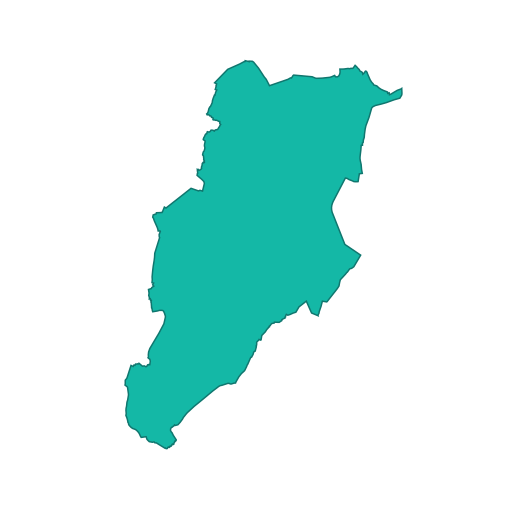 Ban Mi, Lop Buri, Thailand (Equal Earth projection), rotated 192°
{"feature_id": "78962969B12311956961781", "entity_name": "Ban Mi", "entity_type": "district", "adm_level": 2, "iso_a3": "THA", "parent_name": "Thailand", "parent_adm1": "Lop Buri", "projection": "equal_earth", "projection_center": [100.564, 15.079], "detail": "fine", "context": "isolated", "style": "filled", "palette": "teal", "viewbox_px": 512, "rotation_deg": 192, "n_neighbors": 0, "source": "geoboundaries", "source_scale": "gbopen_adm2", "svg_char_len": 6073}
<svg xmlns="http://www.w3.org/2000/svg" viewBox="0 0 512 512"><g transform="rotate(192 256 256)"><path d="M330.6,54.7L325.9,56.4L324.6,54.1L323.7,53.4L321.8,52.2L318.5,52.3L317.1,53.0L316.5,52.5L316.0,52.2L314.7,52.5L305.2,49.1L304.8,49.4L304.0,48.9L303.3,49.0L302.7,49.3L302.5,50.4L301.9,51.0L301.7,51.0L301.4,50.7L301.1,50.7L300.8,51.1L300.8,51.7L300.4,51.6L300.0,52.1L299.5,52.3L299.4,52.5L299.6,52.8L298.9,53.6L299.0,54.0L298.8,54.5L298.4,54.8L297.9,54.8L297.7,54.5L297.3,54.8L297.4,55.8L297.0,56.6L297.1,57.0L296.8,58.2L296.6,58.4L296.3,58.1L295.8,58.8L295.8,59.6L299.6,63.4L301.4,65.7L302.4,66.4L303.3,67.5L303.6,69.1L303.1,70.8L302.4,71.1L301.5,72.3L301.1,72.6L300.6,73.8L299.9,73.4L297.3,74.7L295.6,77.6L294.1,80.9L293.7,82.0L293.6,82.7L291.6,86.7L290.6,88.5L287.4,93.0L285.3,96.0L278.3,104.7L270.3,114.9L265.3,120.7L264.3,121.6L262.0,122.7L257.0,125.6L255.7,125.8L254.6,125.5L253.5,125.7L251.0,127.1L249.6,127.5L249.4,128.8L247.6,134.4L245.8,138.0L243.3,141.5L242.2,145.8L242.0,147.4L241.6,148.3L240.3,154.7L239.9,155.9L239.3,156.1L238.4,159.1L238.3,161.3L237.7,162.4L237.0,162.8L236.8,167.4L237.2,168.0L236.9,168.7L237.0,170.0L237.4,171.6L237.3,172.1L235.8,174.4L235.7,175.0L234.9,174.9L234.5,175.1L234.3,174.7L233.9,174.7L233.6,175.0L233.8,179.5L231.1,183.8L230.2,186.3L229.2,187.9L229.0,188.6L228.1,189.6L228.4,190.1L227.7,190.9L226.7,193.1L224.2,194.3L224.2,195.1L219.6,195.9L217.3,198.2L217.5,199.1L216.4,200.1L214.7,201.4L215.0,202.1L214.4,202.6L214.6,203.4L214.2,205.2L212.6,204.7L210.5,205.9L207.8,207.9L205.3,209.3L203.4,215.1L197.4,222.3L189.8,211.8L182.9,210.5L183.0,210.7L182.9,211.7L182.5,213.1L182.6,214.7L181.9,220.5L181.7,225.6L177.3,225.8L177.0,226.1L169.7,241.0L168.6,243.9L168.7,247.4L168.6,250.1L168.4,250.6L164.6,257.0L163.7,258.9L163.3,259.2L161.7,262.9L159.9,263.8L158.1,265.8L153.8,278.6L171.5,285.8L190.6,314.6L191.6,316.8L192.2,319.1L192.4,321.3L192.2,323.6L191.9,325.3L184.8,350.8L183.2,350.9L180.9,350.1L177.6,349.6L175.6,349.1L172.8,349.6L171.6,350.0L172.0,357.9L169.2,358.9L170.7,362.5L172.2,367.4L174.0,371.4L174.6,373.2L174.9,375.0L175.5,381.6L176.1,386.2L176.0,386.3L174.9,386.5L175.4,388.7L174.8,389.2L175.1,392.2L175.1,392.7L174.9,392.8L174.8,394.7L175.2,397.5L175.6,402.7L175.6,406.2L174.3,415.0L173.6,424.8L173.2,425.6L172.5,426.5L170.4,428.1L165.2,430.6L160.3,433.2L153.4,437.5L148.1,440.3L146.9,443.9L147.1,445.6L148.3,450.2L148.8,449.6L152.3,447.4L157.5,442.6L159.0,441.5L159.7,443.3L160.9,442.5L161.4,443.7L161.6,443.8L165.5,444.4L168.5,445.1L170.9,446.1L173.2,447.5L176.4,447.8L177.3,448.9L178.3,449.5L179.4,450.4L181.1,452.2L185.0,457.7L185.6,458.8L186.6,459.6L187.1,459.7L187.5,459.4L188.4,457.2L189.3,456.0L189.8,457.1L190.2,457.7L191.4,458.2L192.7,458.5L194.0,460.0L195.2,460.7L197.0,462.1L198.7,463.1L200.0,460.1L200.5,459.6L202.2,459.3L203.6,458.6L204.9,458.6L209.1,457.1L212.8,456.3L212.1,453.8L211.9,452.4L212.0,450.9L212.6,449.1L213.9,448.0L214.6,448.0L215.5,447.8L216.6,449.0L219.2,447.1L221.0,446.1L228.4,443.7L233.7,442.4L234.6,442.3L238.4,443.0L256.8,440.8L257.3,440.2L258.3,437.5L259.3,437.4L261.4,435.5L278.2,425.4L282.8,431.0L285.2,432.9L292.6,440.3L298.6,445.1L300.0,445.7L303.2,445.2L303.1,444.7L307.2,444.8L307.1,444.0L308.2,443.5L311.9,440.4L322.5,432.7L332.5,416.8L330.3,416.2L330.5,414.1L330.2,414.0L330.5,410.4L328.9,410.2L329.5,407.7L329.6,404.8L330.1,404.8L330.7,401.2L330.9,398.6L330.7,397.3L330.8,396.4L331.6,392.9L332.1,392.3L332.7,390.4L332.8,387.2L333.0,386.1L333.2,385.5L333.8,384.7L333.1,383.9L331.7,384.4L330.2,383.4L329.8,383.6L329.4,383.6L328.6,383.0L328.6,382.7L328.3,382.4L326.9,382.2L326.5,381.8L326.5,380.5L326.1,380.2L324.6,380.5L323.8,380.3L322.7,380.6L320.2,379.9L319.4,380.0L318.9,378.0L317.9,377.3L318.3,376.6L318.7,374.8L319.1,374.1L319.6,372.4L319.9,371.8L322.1,370.8L322.8,369.5L324.3,370.1L325.8,369.8L326.2,369.7L326.6,368.5L327.4,367.6L328.6,367.4L329.4,367.5L329.6,367.0L329.6,365.3L330.2,365.2L330.8,364.3L331.3,361.8L331.6,361.2L331.9,359.2L331.7,358.8L330.0,358.1L329.7,357.9L329.5,356.6L329.6,355.7L329.5,353.6L329.1,352.4L328.6,351.6L328.4,350.2L328.6,348.0L329.2,346.8L329.3,344.0L329.2,343.7L328.5,343.3L328.2,342.9L327.3,340.2L327.2,339.2L326.9,338.9L326.4,338.8L326.4,338.4L326.5,337.8L326.1,337.6L325.9,336.8L326.6,336.2L327.2,336.5L327.8,335.3L327.6,333.2L327.8,332.3L327.8,331.3L327.4,330.3L327.8,329.4L328.5,329.0L328.7,328.5L329.7,327.9L330.1,328.1L330.5,328.7L331.1,328.4L331.4,328.5L331.2,327.7L330.2,324.8L330.5,324.4L330.4,322.6L325.0,319.7L322.6,318.1L322.2,317.5L321.7,316.4L321.6,315.8L321.8,308.4L324.5,308.6L325.7,307.7L333.6,308.7L354.0,284.2L355.8,284.8L356.7,279.7L357.0,279.4L357.0,279.0L362.4,277.6L362.5,276.3L364.1,275.5L364.2,275.3L365.1,274.8L365.1,272.5L364.1,271.5L362.8,269.3L358.4,263.2L357.5,261.6L356.9,260.1L355.0,260.5L354.7,260.2L355.2,256.8L354.6,254.6L354.1,254.0L355.6,237.6L355.0,233.8L354.7,230.7L354.4,224.5L354.0,220.1L353.3,214.1L352.5,211.1L352.2,208.3L350.5,208.2L351.1,206.3L349.7,205.3L351.4,203.4L351.6,202.4L354.2,200.9L352.9,197.5L352.7,194.9L351.8,193.7L351.7,192.8L351.4,192.6L351.4,191.8L350.5,192.2L350.0,190.9L349.6,191.1L349.0,190.5L349.3,189.2L348.8,188.7L347.6,184.6L347.3,184.0L347.4,183.6L346.8,183.0L346.0,181.0L345.4,180.0L341.1,181.7L339.0,182.8L337.0,183.2L335.8,183.3L335.0,182.8L333.8,181.3L332.1,178.3L331.9,177.0L332.0,170.5L334.9,160.3L340.6,143.5L341.1,139.8L340.8,137.0L340.2,134.8L340.5,134.2L340.0,133.6L338.6,133.1L337.9,132.0L337.5,130.9L337.3,127.6L338.5,127.5L338.7,127.1L339.4,127.0L339.8,125.6L340.6,124.8L342.5,125.3L344.1,124.6L348.1,126.7L348.2,126.2L348.8,125.9L349.5,125.9L350.1,125.5L351.3,125.3L351.4,125.1L351.7,123.9L352.7,124.0L353.2,122.4L355.5,123.0L356.8,110.3L357.1,109.1L358.0,107.5L358.0,107.0L357.3,103.7L357.3,102.5L354.8,101.3L354.3,100.7L352.0,94.3L351.8,93.0L351.6,88.5L351.8,86.2L351.4,82.2L351.4,80.0L351.1,77.9L350.2,74.9L350.1,73.0L348.8,71.1L347.8,69.3L347.0,67.6L346.8,66.8L346.1,66.2L345.7,65.1L345.0,64.1L342.9,62.6L341.0,61.7L338.2,61.3L336.8,60.8L335.0,59.6L333.4,58.2L331.4,55.5L330.6,54.7Z" fill="#14b8a6" stroke="#0f766e" stroke-width="1.5"/></g></svg>